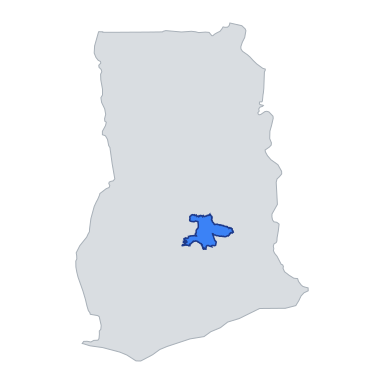 Sekyere Afram Plains North, Ashanti, Ghana shown in context
{"feature_id": "2480657B37542209080123", "entity_name": "Sekyere Afram Plains North", "entity_type": "district", "adm_level": 2, "iso_a3": "GHA", "parent_name": "Ghana", "parent_adm1": "Ashanti", "projection": "orthographic", "projection_center": [-0.752, 7.211], "detail": "fine", "context": "in_parent", "style": "filled", "palette": "blue", "viewbox_px": 384, "rotation_deg": 0, "n_neighbors": 0, "source": "geoboundaries", "source_scale": "gbopen_adm2", "svg_char_len": 8199}
<svg xmlns="http://www.w3.org/2000/svg" viewBox="0 0 384 384"><path d="M241.8,25.7L245.2,28.9L245.9,30.7L244.7,37.5L242.3,42.3L240.8,46.8L241.0,49.1L242.5,51.3L247.5,54.8L250.1,57.1L253.2,60.5L256.7,63.9L262.7,68.3L265.3,69.1L265.2,70.3L264.4,72.0L263.8,88.5L263.4,92.7L263.0,94.8L262.4,101.0L261.8,101.9L260.7,101.8L259.6,102.0L259.3,103.2L259.8,104.5L263.4,105.4L262.6,106.3L259.9,107.2L258.7,109.0L259.2,111.1L257.8,112.8L258.2,114.0L259.1,114.8L260.7,114.5L264.9,111.6L266.7,111.3L268.9,111.9L273.0,116.2L273.2,118.3L271.5,125.6L269.9,131.2L269.7,138.6L271.4,142.8L271.2,145.1L269.3,147.1L265.1,150.0L265.4,151.9L267.4,155.6L270.9,159.7L277.9,164.7L281.6,171.3L281.7,173.9L279.5,176.6L277.0,179.0L276.2,182.3L277.4,204.4L272.0,214.0L271.9,216.7L272.5,219.9L273.9,221.8L276.8,222.3L279.1,224.1L278.3,230.9L277.1,237.7L276.9,241.0L276.2,242.6L274.0,243.9L273.3,246.1L273.8,248.7L273.4,250.7L274.6,253.3L277.1,256.4L281.2,264.3L282.7,264.9L283.4,266.6L283.0,268.2L284.5,271.7L289.0,275.2L293.8,278.2L297.6,278.6L298.5,281.4L301.0,284.8L302.8,286.4L305.7,287.3L308.1,287.9L308.2,290.8L304.0,292.8L301.1,295.9L298.9,300.5L295.8,305.6L285.3,308.3L281.2,308.3L259.6,308.5L239.3,318.5L227.6,322.1L220.4,327.7L210.8,331.7L204.0,336.6L190.0,338.9L167.0,346.5L159.8,349.5L152.5,354.8L140.7,361.0L136.0,360.9L126.8,355.0L119.8,352.1L102.8,347.6L90.0,345.8L83.9,343.9L82.2,343.5L83.7,341.4L87.2,341.3L90.9,342.0L93.8,340.4L97.9,340.2L99.0,338.5L99.4,334.3L99.3,331.0L100.8,329.4L101.2,325.5L99.2,316.6L97.7,315.6L90.3,314.3L89.8,312.5L88.4,310.7L87.0,306.1L85.4,299.3L82.9,290.9L78.0,277.0L76.8,272.1L75.9,267.1L75.8,261.1L76.8,258.9L76.7,255.8L76.2,252.8L79.8,245.7L86.7,237.1L88.1,234.0L89.4,231.8L89.6,228.7L90.9,218.6L94.2,206.5L96.3,201.9L97.7,199.4L99.4,195.4L99.9,193.5L106.2,188.7L109.1,187.5L109.8,185.6L108.8,183.5L109.2,182.1L110.7,181.4L113.1,180.9L114.8,178.9L112.2,163.9L110.1,148.9L110.0,147.7L108.7,145.6L107.5,139.4L105.4,135.8L102.4,134.7L102.4,131.3L105.5,125.6L106.3,122.2L104.8,121.2L104.6,118.6L105.7,114.3L105.2,111.7L104.7,108.9L101.6,102.4L100.9,97.7L102.5,95.0L102.5,89.1L100.8,79.9L100.6,74.2L101.8,71.8L101.2,69.5L99.0,67.3L98.8,65.2L100.8,63.1L100.5,61.5L98.2,60.3L96.0,57.5L94.2,53.1L94.6,45.9L98.3,32.8L98.7,31.7L102.8,31.8L102.8,32.3L115.4,32.3L129.7,32.2L146.9,32.1L162.5,31.9L163.2,31.3L165.8,30.6L181.5,32.0L191.4,31.3L195.6,31.8L198.6,32.6L205.4,32.1L209.1,32.4L211.8,35.7L212.9,35.7L214.4,34.3L217.1,32.7L219.9,31.4L221.9,28.9L223.1,26.9L224.9,27.3L227.5,27.2L229.2,25.6L229.9,23.0L241.8,25.7Z" fill="#d9dde1" stroke="#a8b0b8" stroke-width="1"/><path d="M183.4,242.5L184.1,242.5L184.3,242.4L184.8,241.6L186.2,240.7L187.0,242.0L185.9,242.7L185.5,243.1L185.4,243.3L184.7,243.7L184.4,244.2L183.9,244.5L183.8,244.9L183.2,244.7L183.0,244.9L182.7,244.8L182.6,245.1L182.3,245.2L182.2,245.6L182.6,245.7L183.1,245.6L183.5,245.3L183.9,245.4L184.1,245.4L184.2,245.2L184.6,245.2L185.2,245.1L185.7,244.8L185.9,245.0L186.0,244.9L186.1,245.1L186.4,245.0L186.6,245.2L186.9,245.1L187.2,245.2L187.4,245.1L187.7,245.2L188.3,245.3L188.5,245.4L188.6,245.7L188.8,245.7L189.9,245.7L190.0,245.2L189.8,245.0L189.7,244.2L190.0,244.0L190.3,244.1L190.9,243.8L191.4,243.1L191.7,243.0L192.2,242.4L192.8,242.2L193.0,242.0L192.9,241.7L193.2,241.5L193.3,241.2L193.7,241.1L194.5,241.3L194.7,241.2L195.0,241.2L195.4,241.0L195.5,240.9L195.7,241.0L195.9,241.0L196.0,241.1L196.5,241.1L196.8,241.1L197.1,241.2L197.6,241.6L197.7,241.8L198.0,241.7L198.5,242.3L199.0,242.4L199.5,242.8L199.7,243.1L200.0,243.2L200.2,243.4L200.4,243.4L200.7,243.8L201.3,243.7L201.5,244.1L201.6,244.3L201.7,244.6L202.0,244.7L201.9,244.9L202.0,244.9L202.1,245.4L202.1,245.8L202.4,246.0L202.5,246.3L202.4,246.7L202.7,247.0L202.7,248.1L202.9,248.3L203.4,247.9L203.5,248.0L203.3,248.3L203.4,248.9L203.7,248.7L203.9,249.2L204.3,249.1L204.4,248.3L204.6,248.5L204.8,248.6L204.8,248.9L205.2,249.1L205.3,249.0L205.9,249.1L205.9,248.9L206.0,248.8L206.0,248.6L205.9,248.2L206.0,247.6L206.2,247.4L206.2,246.9L206.2,246.6L206.4,246.2L207.0,245.6L207.4,245.7L208.0,245.4L208.4,245.7L208.8,245.7L209.5,246.1L211.7,246.7L211.3,246.0L211.4,245.7L212.5,245.4L213.5,245.5L214.4,245.7L215.2,245.5L215.8,244.9L215.7,244.1L215.9,243.5L216.1,243.0L216.2,241.9L216.1,241.7L215.6,241.4L215.5,240.9L214.9,240.6L214.5,239.7L214.4,239.0L213.9,238.1L213.6,236.8L213.4,236.4L213.4,235.9L213.0,235.4L213.0,234.9L212.8,234.6L212.7,234.5L212.5,233.9L212.5,233.7L213.0,233.8L213.2,234.1L213.4,234.1L213.7,234.7L213.9,234.8L214.8,235.0L215.3,235.0L216.4,235.7L217.4,235.6L219.0,236.0L219.3,236.2L219.6,236.2L219.9,236.3L220.7,236.2L221.4,236.3L221.7,236.1L222.7,236.5L223.2,236.4L223.5,236.3L223.8,236.6L224.3,236.7L224.5,236.6L225.5,236.7L226.4,236.4L226.5,236.2L226.8,236.2L227.4,235.8L227.6,235.8L227.8,235.7L228.0,235.8L228.0,235.7L228.3,235.7L228.5,235.4L229.0,235.3L229.2,235.0L229.5,234.5L229.6,234.4L229.8,234.2L230.1,233.8L229.8,233.7L230.0,233.5L230.1,233.4L230.7,233.2L230.9,232.9L230.7,232.7L230.8,232.6L231.0,232.7L231.2,232.9L231.4,232.7L231.8,232.7L232.2,232.9L232.4,232.6L232.5,232.8L232.8,232.5L233.3,232.2L233.1,231.7L233.1,231.2L232.7,231.1L232.4,230.9L232.5,230.6L232.3,230.4L232.2,229.8L232.2,229.4L232.1,229.1L232.1,228.8L231.6,228.8L231.4,228.4L230.9,228.3L230.8,228.1L230.7,228.1L230.7,227.9L230.2,228.0L230.0,228.3L229.7,228.2L229.5,227.8L229.0,227.9L228.9,228.1L228.8,227.9L228.4,227.7L228.5,227.6L228.3,227.6L227.9,227.4L227.7,227.4L227.3,227.2L227.1,227.0L227.2,226.6L226.9,226.5L226.3,226.5L226.1,226.6L225.8,226.4L225.1,226.5L224.4,226.1L223.9,226.0L223.6,226.0L223.5,225.7L223.2,225.9L222.4,225.4L222.0,225.4L221.9,225.3L221.7,225.4L221.0,225.0L220.8,225.2L220.7,225.1L220.0,224.8L219.8,225.0L219.7,224.8L219.3,224.9L218.8,224.7L217.8,224.6L217.5,224.2L216.9,224.2L216.7,224.3L215.7,224.3L214.9,224.4L214.8,224.6L214.5,224.5L214.3,224.4L214.4,224.1L214.0,223.8L213.8,223.3L213.4,222.7L213.1,222.7L212.3,221.7L212.4,221.3L212.3,221.2L212.2,220.7L211.9,220.5L211.6,220.2L211.5,219.8L211.7,219.5L211.6,219.4L211.8,219.1L211.7,218.8L211.9,218.6L211.7,218.3L211.7,217.8L211.9,217.7L211.7,217.5L211.9,217.1L211.9,216.9L211.7,216.8L211.8,216.4L211.4,216.2L210.7,215.3L210.4,215.3L210.4,215.0L210.0,215.2L209.7,214.7L209.7,214.3L209.4,214.6L209.3,214.9L209.1,215.0L209.1,214.9L208.9,214.9L208.1,215.5L207.8,215.3L207.1,215.4L206.7,216.0L206.3,216.1L206.2,216.0L205.9,216.1L205.6,216.1L205.3,216.3L205.1,216.2L204.9,216.3L204.7,216.6L204.1,216.6L203.7,216.3L203.6,216.1L203.5,215.9L203.4,216.1L203.1,216.2L203.1,216.4L202.8,216.6L202.8,216.1L202.5,216.0L202.4,215.9L202.2,216.0L201.9,216.1L201.6,216.0L201.5,215.9L201.6,215.6L201.1,215.6L200.6,215.8L200.7,215.6L200.4,215.4L200.0,215.6L199.9,215.8L199.8,215.7L199.5,215.8L199.2,215.7L199.0,216.3L198.9,216.2L198.8,216.3L198.8,216.1L198.6,216.1L198.2,216.3L198.0,216.2L197.4,216.3L197.2,216.2L197.1,216.3L197.0,216.1L196.9,216.2L196.8,215.8L196.2,215.5L196.2,215.4L196.0,215.5L195.9,215.3L195.7,215.3L195.7,215.2L195.2,215.5L194.9,215.5L194.9,215.3L194.6,215.2L194.3,214.7L194.0,214.8L193.9,215.0L193.5,214.9L193.3,215.0L192.7,214.7L192.5,214.8L192.2,214.7L191.6,215.1L191.3,215.1L191.1,215.4L191.1,215.5L190.8,215.8L190.7,216.1L190.3,216.3L190.1,216.3L189.9,216.4L189.9,216.7L189.8,217.1L189.9,218.0L189.9,218.4L190.1,218.7L190.0,219.2L189.7,219.5L189.7,219.8L189.8,220.1L189.7,220.4L189.9,220.8L190.1,221.0L190.6,221.2L190.8,221.1L191.2,221.4L192.3,221.6L192.8,221.5L193.2,221.7L193.6,221.7L193.8,221.6L194.0,221.7L194.6,221.6L195.4,221.0L197.9,221.6L198.3,224.5L198.3,227.3L197.6,228.6L197.1,228.9L197.0,229.3L196.4,229.9L196.1,230.9L196.3,232.7L196.0,233.2L195.5,233.3L195.4,233.6L195.3,234.4L195.6,234.9L196.1,235.1L196.4,235.7L196.5,236.0L195.8,236.0L195.2,235.5L194.4,235.7L194.0,235.5L193.6,235.8L192.6,235.7L192.2,235.9L191.7,235.8L190.7,236.0L190.5,235.9L190.2,236.2L189.7,236.1L189.2,236.3L189.0,236.5L188.7,236.5L188.8,236.7L188.5,237.0L188.4,237.4L188.0,237.9L187.9,238.3L187.5,238.4L187.3,238.3L186.9,238.3L186.2,238.0L185.7,238.3L185.2,238.3L185.2,238.2L184.9,238.4L184.4,238.4L183.9,238.8L183.9,239.2L184.6,239.7L184.8,240.1L185.3,240.2L185.2,240.3L185.0,240.2L185.0,240.5L184.5,240.9L183.8,241.3L183.5,241.2L183.4,242.5Z" fill="#3b82f6" stroke="#1e3a8a" stroke-width="1.5"/></svg>